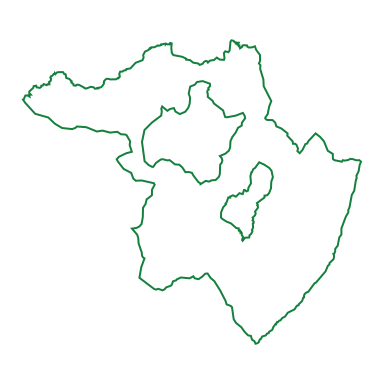 Minahasa, Sulawesi Utara, Indonesia
{"feature_id": "22746128B63895215577583", "entity_name": "Minahasa", "entity_type": "district", "adm_level": 2, "iso_a3": "IDN", "parent_name": "Indonesia", "parent_adm1": "Sulawesi Utara", "projection": "albers", "projection_center": [124.81, 1.242], "detail": "fine", "context": "isolated", "style": "outline", "palette": "green", "viewbox_px": 384, "rotation_deg": 0, "n_neighbors": 0, "source": "geoboundaries", "source_scale": "gbopen_adm2", "svg_char_len": 5877}
<svg xmlns="http://www.w3.org/2000/svg" viewBox="0 0 384 384"><path d="M171.7,43.4L170.4,43.0L169.9,43.9L169.7,43.5L169.1,44.2L167.5,44.4L166.1,43.7L165.5,44.4L165.4,43.7L162.7,44.0L162.8,43.5L162.6,44.3L161.1,44.4L161.1,45.1L158.5,45.8L157.9,45.4L154.6,47.2L151.7,47.4L150.6,48.5L150.3,48.0L151.9,47.1L150.1,47.8L148.6,49.9L144.9,51.7L143.2,55.0L143.6,57.6L142.5,60.2L135.6,62.8L130.4,68.4L127.3,69.0L127.0,68.1L127.1,69.1L126.1,69.4L125.9,70.2L123.6,70.6L122.7,71.5L120.1,71.7L119.2,74.2L119.6,75.4L118.9,75.6L119.6,75.4L119.8,76.7L118.5,78.2L118.1,77.8L116.1,79.3L110.5,79.4L107.3,78.7L106.0,79.1L104.2,80.9L103.9,82.1L104.9,82.4L103.9,82.3L103.8,83.9L102.1,86.3L100.9,87.3L97.7,87.9L98.0,88.4L94.9,88.7L93.8,87.4L90.8,86.8L86.1,88.6L84.7,88.3L84.6,89.0L84.5,87.8L78.9,84.8L76.6,84.8L75.9,85.7L73.6,85.4L73.4,84.1L72.0,83.0L71.7,81.7L71.3,82.0L70.8,80.4L69.2,78.9L66.3,78.0L65.6,74.3L64.3,74.1L63.0,72.1L59.0,72.1L57.1,72.4L55.4,74.0L55.0,73.5L55.0,74.2L53.8,73.9L52.2,75.8L50.9,76.4L50.3,77.7L51.1,78.6L50.7,80.8L49.0,82.0L49.5,83.1L48.5,83.8L48.9,84.3L47.3,84.3L46.7,85.2L43.7,84.1L42.7,85.6L41.3,85.7L41.1,87.0L39.8,87.9L36.6,87.3L36.2,85.7L33.7,86.1L33.3,87.8L29.3,91.5L29.2,93.0L30.9,94.7L29.1,95.0L29.5,96.6L27.3,95.4L25.3,95.6L23.8,99.2L23.0,99.6L25.1,102.7L35.2,113.8L48.3,117.5L55.0,123.8L62.1,128.0L72.1,129.1L75.2,128.0L77.0,126.5L86.3,127.2L96.9,131.5L102.5,130.6L110.1,132.6L117.3,131.8L121.0,134.3L125.1,134.5L126.6,135.2L130.1,141.3L129.7,145.1L131.8,151.8L126.4,153.2L119.1,156.7L116.7,159.2L117.9,161.5L123.6,168.9L131.2,172.9L133.3,178.6L135.7,180.7L141.8,180.5L153.8,183.2L154.7,184.6L152.0,189.7L151.9,195.3L146.6,199.4L145.5,204.1L143.0,207.8L142.8,217.1L141.6,223.9L139.5,226.4L136.6,227.9L132.0,228.6L137.2,234.7L138.3,238.3L138.6,243.4L141.7,252.4L142.1,255.8L142.9,257.3L144.5,258.4L141.3,267.1L139.4,277.8L154.2,289.0L156.1,289.6L158.2,288.8L162.6,290.3L164.6,289.3L166.3,287.3L170.7,285.8L171.8,284.7L173.0,281.3L176.2,280.3L176.8,279.4L180.9,277.5L189.6,278.3L193.4,276.3L194.7,278.3L198.5,279.2L202.3,276.6L205.2,273.7L207.6,273.5L210.6,278.0L214.3,281.1L220.2,290.5L225.6,301.0L226.6,304.4L230.7,305.9L232.0,307.2L233.7,319.2L236.1,323.0L241.3,327.2L244.8,332.1L248.1,335.4L250.9,335.9L252.0,339.7L254.5,341.3L255.5,343.7L257.2,343.3L258.7,342.3L259.8,339.4L260.7,339.2L262.2,336.5L265.8,335.4L267.0,333.6L268.7,333.2L269.1,331.8L272.3,329.8L273.1,327.5L275.6,323.9L276.1,324.2L277.1,322.0L277.9,322.1L279.2,320.6L280.4,320.4L282.3,318.0L285.0,316.6L287.8,312.7L294.5,309.4L296.8,305.8L298.6,305.2L298.7,304.3L302.1,301.0L303.3,297.6L304.0,297.4L304.1,295.1L304.8,293.9L306.2,292.6L308.2,291.9L314.6,283.2L315.9,282.7L325.6,271.3L327.8,265.9L329.4,264.5L329.5,263.0L333.6,259.1L334.1,255.9L333.4,253.8L334.3,253.6L335.2,251.2L335.2,248.9L337.7,245.7L339.3,237.4L341.4,234.6L341.4,228.5L345.9,216.5L348.3,212.5L348.3,210.0L349.5,207.3L351.8,194.9L354.2,190.8L356.0,179.4L356.7,178.4L356.4,175.8L358.6,171.3L359.6,165.2L361.0,161.6L359.3,160.2L356.4,160.3L352.7,159.1L350.1,158.9L348.3,160.0L344.6,160.6L342.9,160.2L341.9,161.7L334.4,160.2L332.9,158.9L332.8,153.9L327.8,150.8L324.0,141.4L320.3,137.1L315.6,133.4L308.3,141.2L307.2,143.5L305.4,144.1L302.5,149.9L299.7,153.2L297.4,151.1L298.0,148.5L296.4,144.8L295.3,143.8L293.0,143.8L292.6,141.3L287.3,135.7L287.6,133.4L281.4,128.5L276.4,126.4L275.2,122.6L272.6,120.1L266.9,119.9L265.3,118.6L265.3,117.6L267.7,114.1L269.2,106.4L271.3,101.1L263.7,86.2L263.4,79.5L260.2,69.0L260.4,65.1L258.9,63.4L260.1,60.9L260.0,55.0L256.2,49.9L254.9,46.3L252.0,47.4L248.7,47.5L247.2,46.5L247.1,45.5L244.7,45.2L242.4,45.5L242.1,46.9L240.1,48.3L239.8,46.8L238.9,46.4L239.3,45.3L237.7,44.8L238.7,42.8L237.1,42.8L236.8,43.9L235.8,43.6L236.1,42.4L234.5,42.1L233.6,40.8L231.5,40.3L230.5,41.6L229.6,50.5L228.4,52.2L225.3,51.3L223.9,53.1L224.5,58.3L223.9,59.9L219.6,59.5L216.8,57.6L214.1,59.9L209.8,60.7L207.9,62.6L207.0,61.2L205.8,60.9L203.8,62.1L202.6,63.8L199.7,64.9L198.3,63.5L193.3,62.7L190.0,60.1L186.1,59.6L186.2,58.7L182.3,56.8L173.4,55.1L171.8,53.0L171.3,47.8L171.7,43.4ZM202.7,81.1L209.9,83.7L210.1,86.1L208.2,88.1L208.8,89.5L207.5,90.5L207.2,92.2L207.8,93.7L207.8,96.9L212.6,100.8L213.9,103.5L223.1,110.4L225.1,116.9L226.8,117.3L235.5,115.7L242.9,112.9L244.6,115.7L245.2,118.1L241.9,122.8L241.7,125.6L238.0,127.8L235.6,132.7L232.4,136.9L230.5,141.0L230.1,147.5L228.9,150.6L225.5,153.6L219.9,156.0L221.8,158.3L222.4,160.4L221.6,163.0L220.2,164.5L219.8,174.3L219.0,176.7L215.7,180.0L211.3,180.4L209.2,181.6L205.7,180.9L200.5,184.2L200.4,183.3L198.4,182.1L193.3,175.4L191.9,172.8L188.6,172.0L185.4,172.2L182.3,167.4L179.3,164.7L175.0,164.4L169.6,160.1L167.3,160.4L162.7,159.2L160.8,159.5L156.0,162.9L153.3,166.8L152.2,166.9L148.6,165.0L144.6,161.2L142.0,141.9L144.5,130.0L152.0,122.5L161.2,115.6L161.8,111.2L161.3,108.8L162.2,106.5L167.4,110.8L170.0,109.0L173.9,108.1L175.4,111.5L179.8,114.1L185.2,111.8L188.3,107.8L189.7,103.6L190.1,97.6L188.7,93.6L190.2,86.6L194.8,84.7L197.0,82.0L202.7,81.1ZM259.2,162.3L264.3,164.7L269.1,167.8L271.5,170.7L272.9,177.2L271.3,181.6L271.0,188.2L269.0,193.3L267.1,195.3L264.5,195.6L264.5,197.5L256.9,203.1L257.7,204.5L257.2,205.3L257.9,205.9L257.9,207.8L255.0,211.7L255.7,213.5L254.9,215.5L252.6,217.6L253.3,219.0L252.5,220.4L253.7,221.5L253.5,223.2L252.8,223.4L253.1,227.8L251.9,230.0L252.5,231.1L251.2,233.8L249.5,235.3L249.2,237.5L245.0,237.7L242.7,240.8L242.1,240.1L243.0,236.7L241.7,235.0L241.8,233.2L240.5,232.8L241.1,232.0L239.9,230.4L239.1,230.9L238.7,230.2L238.7,228.4L236.2,228.0L231.0,223.4L226.3,221.5L221.9,218.6L221.0,217.5L221.1,212.4L223.2,207.2L225.9,204.4L225.5,203.5L226.5,202.6L228.3,197.5L230.2,197.6L230.1,196.6L233.0,195.3L235.9,196.7L239.4,193.2L242.7,194.1L244.0,190.0L244.8,189.9L246.4,191.4L248.0,190.6L248.5,187.5L251.0,183.4L250.4,176.1L251.4,172.3L251.9,172.3L253.2,169.2L255.1,167.9L259.2,162.3Z" fill="none" stroke="#15803d" stroke-width="2"/></svg>